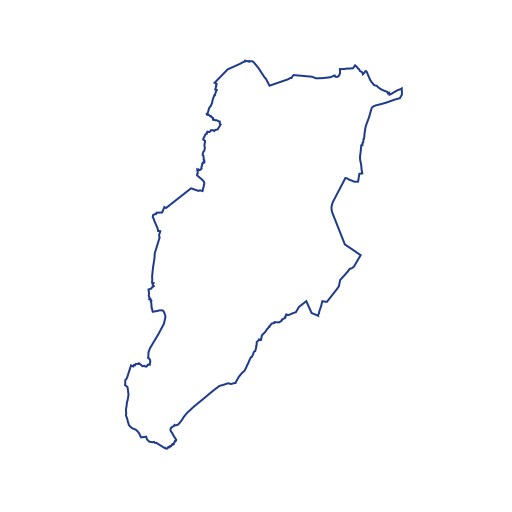 the district of Ban Mi, Lop Buri, Thailand, rotated 192°
{"feature_id": "78962969B12311956961781", "entity_name": "Ban Mi", "entity_type": "district", "adm_level": 2, "iso_a3": "THA", "parent_name": "Thailand", "parent_adm1": "Lop Buri", "projection": "equal_earth", "projection_center": [100.564, 15.079], "detail": "fine", "context": "isolated", "style": "outline", "palette": "blue", "viewbox_px": 512, "rotation_deg": 192, "n_neighbors": 0, "source": "geoboundaries", "source_scale": "gbopen_adm2", "svg_char_len": 6068}
<svg xmlns="http://www.w3.org/2000/svg" viewBox="0 0 512 512"><g transform="rotate(192 256 256)"><path d="M330.6,54.7L325.9,56.4L324.6,54.1L323.7,53.4L321.8,52.2L318.5,52.3L317.1,53.0L316.5,52.5L316.0,52.2L314.7,52.5L305.2,49.1L304.8,49.4L304.0,48.9L303.3,49.0L302.7,49.3L302.5,50.4L301.9,51.0L301.7,51.0L301.4,50.7L301.1,50.7L300.8,51.1L300.8,51.7L300.4,51.6L300.0,52.1L299.5,52.3L299.4,52.5L299.6,52.8L298.9,53.6L299.0,54.0L298.8,54.5L298.4,54.8L297.9,54.8L297.7,54.5L297.3,54.8L297.4,55.8L297.0,56.6L297.1,57.0L296.8,58.2L296.6,58.4L296.3,58.1L295.8,58.8L295.8,59.6L299.6,63.4L301.4,65.7L302.4,66.4L303.3,67.5L303.6,69.1L303.1,70.8L302.4,71.1L301.5,72.3L301.1,72.6L300.6,73.8L299.9,73.4L297.3,74.7L295.6,77.6L294.1,80.9L293.7,82.0L293.6,82.7L291.6,86.7L290.6,88.5L287.4,93.0L285.3,96.0L278.3,104.7L270.3,114.9L265.3,120.7L264.3,121.6L262.0,122.7L257.0,125.6L255.7,125.8L254.6,125.5L253.5,125.7L251.0,127.1L249.6,127.5L249.4,128.8L247.6,134.4L245.8,138.0L243.3,141.5L242.2,145.8L242.0,147.4L241.6,148.3L240.3,154.7L239.9,155.9L239.3,156.1L238.4,159.1L238.3,161.3L237.7,162.4L237.0,162.8L236.8,167.4L237.2,168.0L236.9,168.7L237.0,170.0L237.4,171.6L237.3,172.1L235.8,174.4L235.7,175.0L234.9,174.9L234.5,175.1L234.3,174.7L233.9,174.7L233.6,175.0L233.8,179.5L231.1,183.8L230.2,186.3L229.2,187.9L229.0,188.6L228.1,189.6L228.4,190.1L227.7,190.9L226.7,193.1L224.2,194.3L224.2,195.1L219.6,195.9L217.3,198.2L217.5,199.1L216.4,200.1L214.7,201.4L215.0,202.1L214.4,202.6L214.6,203.4L214.2,205.2L212.6,204.7L210.5,205.9L207.8,207.9L205.3,209.3L203.4,215.1L197.4,222.3L189.8,211.8L182.9,210.5L183.0,210.7L182.9,211.7L182.5,213.1L182.6,214.7L181.9,220.5L181.7,225.6L177.3,225.8L177.0,226.1L169.7,241.0L168.6,243.9L168.7,247.4L168.6,250.1L168.4,250.6L164.6,257.0L163.7,258.9L163.3,259.2L161.7,262.9L159.9,263.8L158.1,265.8L153.8,278.6L171.5,285.8L190.6,314.6L191.6,316.8L192.2,319.1L192.4,321.3L192.2,323.6L191.9,325.3L184.8,350.8L183.2,350.9L180.9,350.1L177.6,349.6L175.6,349.1L172.8,349.6L171.6,350.0L172.0,357.9L169.2,358.9L170.7,362.5L172.2,367.4L174.0,371.4L174.6,373.2L174.9,375.0L175.5,381.6L176.1,386.2L176.0,386.3L174.9,386.5L175.4,388.7L174.8,389.2L175.1,392.2L175.1,392.7L174.9,392.8L174.8,394.7L175.2,397.5L175.6,402.7L175.6,406.2L174.3,415.0L173.6,424.8L173.2,425.6L172.5,426.5L170.4,428.1L165.2,430.6L160.3,433.2L153.4,437.5L148.1,440.3L146.9,443.9L147.1,445.6L148.3,450.2L148.8,449.6L152.3,447.4L157.5,442.6L159.0,441.5L159.7,443.3L160.9,442.5L161.4,443.7L161.6,443.8L165.5,444.4L168.5,445.1L170.9,446.1L173.2,447.5L176.4,447.8L177.3,448.9L178.3,449.5L179.4,450.4L181.1,452.2L185.0,457.7L185.6,458.8L186.6,459.6L187.1,459.7L187.5,459.4L188.4,457.2L189.3,456.0L189.8,457.1L190.2,457.7L191.4,458.2L192.7,458.5L194.0,460.0L195.2,460.7L197.0,462.1L198.7,463.1L200.0,460.1L200.5,459.6L202.2,459.3L203.6,458.6L204.9,458.6L209.1,457.1L212.8,456.3L212.1,453.8L211.9,452.4L212.0,450.9L212.6,449.1L213.9,448.0L214.6,448.0L215.5,447.8L216.6,449.0L219.2,447.1L221.0,446.1L228.4,443.7L233.7,442.4L234.6,442.3L238.4,443.0L256.8,440.8L257.3,440.2L258.3,437.5L259.3,437.4L261.4,435.5L278.2,425.4L282.8,431.0L285.2,432.9L292.6,440.3L298.6,445.1L300.0,445.7L303.2,445.2L303.1,444.7L307.2,444.8L307.1,444.0L308.2,443.5L311.9,440.4L322.5,432.7L332.5,416.8L330.3,416.2L330.5,414.1L330.2,414.0L330.5,410.4L328.9,410.2L329.5,407.7L329.6,404.8L330.1,404.8L330.7,401.2L330.9,398.6L330.7,397.3L330.8,396.4L331.6,392.9L332.1,392.3L332.7,390.4L332.8,387.2L333.0,386.1L333.2,385.5L333.8,384.7L333.1,383.9L331.7,384.4L330.2,383.4L329.8,383.6L329.4,383.6L328.6,383.0L328.6,382.7L328.3,382.4L326.9,382.2L326.5,381.8L326.5,380.5L326.1,380.2L324.6,380.5L323.8,380.3L322.7,380.6L320.2,379.9L319.4,380.0L318.9,378.0L317.9,377.3L318.3,376.6L318.7,374.8L319.1,374.1L319.6,372.4L319.9,371.8L322.1,370.8L322.8,369.5L324.3,370.1L325.8,369.8L326.2,369.7L326.6,368.5L327.4,367.6L328.6,367.4L329.4,367.5L329.6,367.0L329.6,365.3L330.2,365.2L330.8,364.3L331.3,361.8L331.6,361.2L331.9,359.2L331.7,358.8L330.0,358.1L329.7,357.9L329.5,356.6L329.6,355.7L329.5,353.6L329.1,352.4L328.6,351.6L328.4,350.2L328.6,348.0L329.2,346.8L329.3,344.0L329.2,343.7L328.5,343.3L328.2,342.9L327.3,340.2L327.2,339.2L326.9,338.9L326.4,338.8L326.4,338.4L326.5,337.8L326.1,337.6L325.9,336.8L326.6,336.2L327.2,336.5L327.8,335.3L327.6,333.2L327.8,332.3L327.8,331.3L327.4,330.3L327.8,329.4L328.5,329.0L328.7,328.5L329.7,327.9L330.1,328.1L330.5,328.7L331.1,328.4L331.4,328.5L331.2,327.7L330.2,324.8L330.5,324.4L330.4,322.6L325.0,319.7L322.6,318.1L322.2,317.5L321.7,316.4L321.6,315.8L321.8,308.4L324.5,308.6L325.7,307.7L333.6,308.7L354.0,284.2L355.8,284.8L356.7,279.7L357.0,279.4L357.0,279.0L362.4,277.6L362.5,276.3L364.1,275.5L364.2,275.3L365.1,274.8L365.1,272.5L364.1,271.5L362.8,269.3L358.4,263.2L357.5,261.6L356.9,260.1L355.0,260.5L354.7,260.2L355.2,256.8L354.6,254.6L354.1,254.0L355.6,237.6L355.0,233.8L354.7,230.7L354.4,224.5L354.0,220.1L353.3,214.1L352.5,211.1L352.2,208.3L350.5,208.2L351.1,206.3L349.7,205.3L351.4,203.4L351.6,202.4L354.2,200.9L352.9,197.5L352.7,194.9L351.8,193.7L351.7,192.8L351.4,192.6L351.4,191.8L350.5,192.2L350.0,190.9L349.6,191.1L349.0,190.5L349.3,189.2L348.8,188.7L347.6,184.6L347.3,184.0L347.4,183.6L346.8,183.0L346.0,181.0L345.4,180.0L341.1,181.7L339.0,182.8L337.0,183.2L335.8,183.3L335.0,182.8L333.8,181.3L332.1,178.3L331.9,177.0L332.0,170.5L334.9,160.3L340.6,143.5L341.1,139.8L340.8,137.0L340.2,134.8L340.5,134.2L340.0,133.6L338.6,133.1L337.9,132.0L337.5,130.9L337.3,127.6L338.5,127.5L338.7,127.1L339.4,127.0L339.8,125.6L340.6,124.8L342.5,125.3L344.1,124.6L348.1,126.7L348.2,126.2L348.8,125.9L349.5,125.9L350.1,125.5L351.3,125.3L351.4,125.1L351.7,123.9L352.7,124.0L353.2,122.4L355.5,123.0L356.8,110.3L357.1,109.1L358.0,107.5L358.0,107.0L357.3,103.7L357.3,102.5L354.8,101.3L354.3,100.7L352.0,94.3L351.8,93.0L351.6,88.5L351.8,86.2L351.4,82.2L351.4,80.0L351.1,77.9L350.2,74.9L350.1,73.0L348.8,71.1L347.8,69.3L347.0,67.6L346.8,66.8L346.1,66.2L345.7,65.1L345.0,64.1L342.9,62.6L341.0,61.7L338.2,61.3L336.8,60.8L335.0,59.6L333.4,58.2L331.4,55.5L330.6,54.7Z" fill="none" stroke="#1e3a8a" stroke-width="2"/></g></svg>